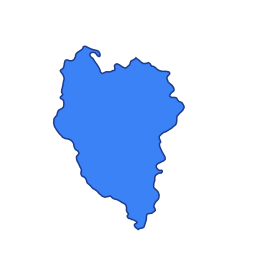 Dokshytsy, Vitebsk, Belarus, rotated 238°
{"feature_id": "67162791B61932293276792", "entity_name": "Dokshytsy", "entity_type": "district", "adm_level": 2, "iso_a3": "BLR", "parent_name": "Belarus", "parent_adm1": "Vitebsk", "projection": "albers", "projection_center": [27.92, 54.818], "detail": "fine", "context": "isolated", "style": "filled", "palette": "blue", "viewbox_px": 256, "rotation_deg": 238, "n_neighbors": 0, "source": "geoboundaries", "source_scale": "gbopen_adm2", "svg_char_len": 5226}
<svg xmlns="http://www.w3.org/2000/svg" viewBox="0 0 256 256"><g transform="rotate(238 128 128)"><path d="M183.3,171.9L183.0,171.3L183.0,170.0L182.9,168.5L183.2,167.1L183.2,166.0L182.5,164.9L181.7,164.1L181.1,163.3L180.7,162.5L180.4,160.6L180.1,159.1L180.1,157.8L180.9,156.9L182.1,156.1L183.2,155.4L184.9,154.7L185.8,154.3L187.2,153.5L188.3,152.6L188.6,151.7L188.5,150.7L188.2,149.8L187.4,149.2L186.7,148.9L185.5,148.4L184.7,148.0L184.1,147.2L184.1,146.6L184.6,146.1L184.7,145.5L184.8,144.4L185.0,143.1L185.2,142.3L185.9,141.4L186.4,140.5L187.1,139.4L187.4,138.4L187.5,137.4L187.5,136.7L187.7,135.7L188.0,135.1L188.8,134.6L189.8,134.4L190.5,134.4L191.7,134.9L192.4,135.0L193.6,135.2L195.4,135.3L197.1,135.3L199.5,135.2L201.4,135.1L203.6,135.0L205.0,135.1L206.3,134.8L207.5,134.3L208.7,134.1L210.1,134.3L210.9,135.0L211.4,136.3L211.2,137.6L210.3,138.9L209.4,139.8L207.6,140.3L205.9,140.4L204.6,140.8L203.8,141.5L204.0,142.4L204.7,143.0L205.2,143.3L206.3,143.6L207.9,143.7L208.6,143.7L210.1,142.7L211.2,141.7L212.1,140.7L213.3,139.7L214.5,138.6L215.6,137.9L216.9,137.0L218.1,136.3L219.5,135.5L220.0,134.9L220.3,134.4L220.5,133.8L220.5,133.0L219.9,132.4L219.6,132.0L219.1,131.0L219.0,130.1L218.9,128.8L218.9,127.1L218.9,126.1L218.8,124.7L218.6,124.0L218.0,122.7L217.4,122.0L216.3,121.3L215.6,120.0L215.0,119.4L214.7,118.4L214.6,117.2L214.9,116.0L215.3,115.0L216.1,114.1L217.4,113.0L218.1,112.3L218.5,111.5L218.5,110.6L218.0,109.8L217.2,109.1L216.5,108.2L215.0,107.1L214.0,106.0L213.3,105.1L212.9,104.0L212.9,103.0L212.9,101.9L212.6,101.2L212.4,100.9L211.6,100.8L210.3,100.8L208.9,101.0L207.4,101.0L205.7,100.7L204.3,100.4L202.5,99.0L202.0,98.2L200.6,97.1L199.6,96.1L198.5,95.2L197.5,94.2L196.4,93.1L195.8,92.4L195.3,92.0L194.3,91.1L193.4,90.6L192.7,90.6L191.3,90.5L190.6,89.9L190.4,88.8L190.2,87.2L189.5,86.6L188.8,86.5L187.9,87.0L187.2,87.5L186.4,87.8L184.7,87.6L183.3,86.9L182.4,86.4L181.8,85.9L180.5,84.9L179.9,84.0L179.6,82.6L179.7,80.8L179.8,78.7L179.4,77.6L179.0,77.2L177.6,75.4L176.9,75.0L176.4,74.2L176.2,73.3L175.9,72.4L175.6,71.8L175.3,70.6L174.4,69.6L173.6,69.1L172.4,68.1L171.0,67.4L169.1,66.8L168.2,66.5L166.0,66.5L164.9,66.4L163.0,66.5L160.9,66.6L159.1,66.9L157.7,67.3L156.2,67.5L155.2,67.6L153.8,68.2L152.7,68.9L151.8,69.8L150.9,70.8L150.3,71.4L149.5,72.1L148.5,72.7L147.7,73.2L146.6,73.4L145.8,73.7L145.0,73.7L143.9,73.6L143.2,73.4L141.9,72.8L141.2,72.6L140.4,72.3L139.5,72.2L138.8,72.1L137.6,72.1L137.1,72.3L136.4,72.7L135.0,73.2L134.4,73.3L133.1,73.2L132.3,72.7L131.9,71.9L131.7,71.0L131.4,70.0L131.1,69.4L130.6,68.8L129.8,68.4L128.8,67.9L127.6,67.5L126.0,67.3L124.4,67.3L121.6,66.9L120.2,66.7L119.0,66.7L117.9,66.5L116.4,65.9L116.2,65.5L115.5,64.8L115.1,64.4L114.3,64.0L113.4,63.6L112.3,63.5L111.5,63.6L110.8,64.0L110.2,64.3L109.9,64.7L109.3,65.0L108.6,65.2L107.2,65.2L106.4,65.2L105.1,64.8L104.1,64.5L103.0,64.4L102.0,64.6L101.3,64.9L100.1,65.2L99.2,65.5L98.3,65.7L96.7,65.9L95.3,66.2L94.5,66.7L93.7,67.1L92.6,67.6L91.5,68.1L90.3,68.4L89.6,68.5L88.6,68.7L87.7,68.8L86.4,69.3L85.2,69.7L83.9,70.0L82.8,70.8L81.5,71.8L81.1,73.3L80.4,74.7L80.2,75.8L79.9,76.5L79.3,77.1L78.8,77.4L78.0,77.5L77.0,77.7L76.3,78.0L75.6,78.4L75.0,79.0L73.9,79.9L73.5,80.4L72.9,80.9L72.2,81.3L71.2,81.9L69.7,82.7L68.4,83.2L67.5,83.8L66.4,84.4L65.8,84.8L64.8,85.2L64.1,85.3L63.2,85.3L62.2,84.9L61.3,84.6L60.3,84.0L59.2,83.1L57.5,82.7L56.5,82.7L55.3,82.9L54.6,82.5L54.2,81.7L53.9,80.8L53.5,80.5L52.7,80.4L52.1,80.4L51.1,80.6L50.6,81.2L50.0,81.9L48.6,82.5L48.1,83.1L47.3,83.9L46.1,84.6L45.3,84.9L44.8,85.4L43.2,85.7L42.8,84.4L42.8,83.8L42.9,82.6L42.1,81.8L41.3,81.7L40.0,81.6L38.7,82.1L36.8,82.8L36.4,83.0L36.7,84.2L36.2,85.8L35.6,87.1L35.5,88.9L36.6,90.3L38.4,92.4L39.9,94.3L41.8,95.9L43.6,97.0L44.6,98.2L44.8,99.2L43.8,101.6L43.2,102.8L43.2,104.7L43.6,107.5L45.6,108.2L47.1,107.9L49.1,109.5L50.1,111.2L50.8,112.7L51.3,115.0L52.0,116.7L54.5,118.8L56.1,119.3L57.8,119.6L60.0,119.3L62.3,118.6L64.0,118.3L65.5,119.2L67.7,120.9L69.3,122.9L71.9,124.5L73.3,126.2L73.4,130.0L72.7,131.5L72.2,132.1L72.6,133.7L73.8,134.4L74.5,133.9L75.2,132.3L76.7,131.5L78.4,131.1L80.2,131.3L81.4,132.3L81.9,133.5L81.9,135.3L81.7,136.8L81.6,138.8L81.3,140.6L81.5,141.9L81.7,142.7L81.8,143.0L83.5,143.9L85.0,144.1L87.8,144.2L89.5,144.3L92.5,144.6L94.8,145.0L96.6,145.5L98.0,146.4L98.5,147.4L98.6,148.1L99.8,148.6L101.8,148.9L103.2,149.2L104.5,150.4L104.9,152.2L105.4,155.8L104.8,158.2L104.8,161.6L104.8,165.3L105.1,166.6L105.3,167.9L105.5,170.2L106.8,171.9L108.2,173.1L109.6,174.1L110.9,174.8L112.0,175.9L112.6,177.8L113.1,179.2L113.6,182.0L114.0,183.8L115.1,185.4L115.4,186.3L117.2,187.1L119.7,187.2L121.0,187.1L122.3,186.2L123.7,185.1L125.5,185.0L127.8,185.0L128.8,184.2L129.4,183.5L130.5,181.7L131.8,180.5L132.6,180.2L133.6,180.6L134.5,182.4L135.0,184.1L135.1,186.1L135.9,187.3L137.8,188.0L140.6,188.0L142.0,187.5L143.9,186.9L145.8,186.4L147.5,186.9L149.0,187.1L150.2,187.7L151.0,189.2L151.4,190.8L151.7,191.6L151.8,191.9L152.5,192.5L153.6,192.5L154.1,192.2L155.9,190.3L156.5,189.3L157.4,187.9L158.3,186.5L160.5,184.8L161.9,183.9L164.9,183.2L167.1,182.0L167.9,180.8L170.9,180.8L172.6,179.9L173.0,178.2L173.5,176.8L174.7,175.1L176.1,174.3L177.6,173.8L178.6,173.6L180.8,172.8L182.3,172.1L183.3,171.9Z" fill="#3b82f6" stroke="#1e3a8a" stroke-width="1.5"/></g></svg>